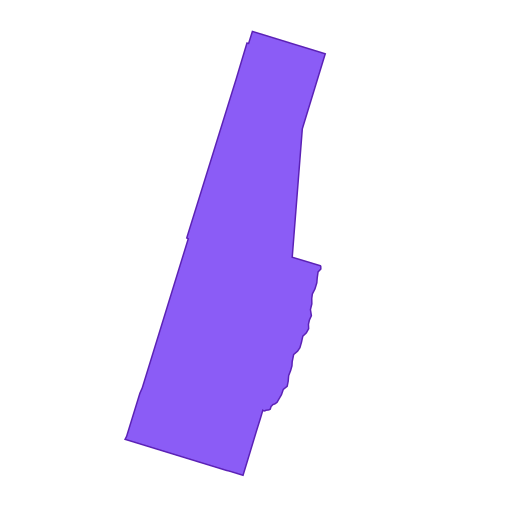 outline of Eureka, Nevada, United States of America, rotated 17°
{"feature_id": "52423323B8686536787653", "entity_name": "Eureka", "entity_type": "district", "adm_level": 2, "iso_a3": "USA", "parent_name": "United States of America", "parent_adm1": "Nevada", "projection": "mercator", "projection_center": [-115.994, 40.081], "detail": "fine", "context": "isolated", "style": "filled", "palette": "violet", "viewbox_px": 512, "rotation_deg": 17, "n_neighbors": 0, "source": "geoboundaries", "source_scale": "gbopen_adm2", "svg_char_len": 908}
<svg xmlns="http://www.w3.org/2000/svg" viewBox="0 0 512 512"><g transform="rotate(17 256 256)"><path d="M186.9,42.3L186.8,54.9L185.1,55.0L185.3,92.4L184.5,259.0L186.2,259.4L185.8,415.4L185.1,421.1L185.0,466.2L184.4,469.6L290.8,469.7L292.5,469.5L307.7,469.5L307.7,456.0L307.6,423.1L307.7,410.2L307.6,401.5L308.3,401.8L309.7,401.6L310.6,400.6L313.3,399.4L314.4,398.3L314.4,395.4L314.9,394.6L315.5,393.2L316.5,392.5L317.4,391.8L318.9,389.8L319.5,387.1L320.9,381.2L321.1,375.6L323.9,371.5L323.4,366.4L322.2,360.8L322.6,355.2L322.5,350.6L321.5,346.4L320.8,339.2L323.6,334.8L324.8,330.9L324.7,325.1L324.2,319.0L326.6,314.8L327.6,310.1L326.1,305.9L325.8,301.5L326.4,296.9L323.7,291.3L323.4,285.5L321.7,280.2L321.0,275.8L322.0,270.2L322.0,263.9L320.9,258.8L320.0,253.1L321.8,249.5L321.0,247.1L320.5,246.5L291.0,246.6L263.1,120.8L263.1,42.4L186.9,42.3Z" fill="#8b5cf6" stroke="#5b21b6" stroke-width="1.5"/></g></svg>